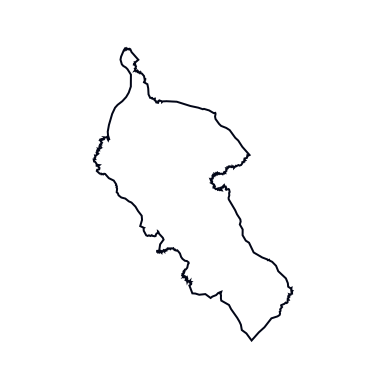 the district of Phon Sawan, Nakhon Phanom, Thailand, rotated 237°
{"feature_id": "78962969B77230188112326", "entity_name": "Phon Sawan", "entity_type": "district", "adm_level": 2, "iso_a3": "THA", "parent_name": "Thailand", "parent_adm1": "Nakhon Phanom", "projection": "orthographic", "projection_center": [104.429, 17.459], "detail": "fine", "context": "isolated", "style": "outline", "palette": "ink", "viewbox_px": 384, "rotation_deg": 237, "n_neighbors": 0, "source": "geoboundaries", "source_scale": "gbopen_adm2", "svg_char_len": 6100}
<svg xmlns="http://www.w3.org/2000/svg" viewBox="0 0 384 384"><g transform="rotate(237 192 192)"><path d="M191.7,260.4L202.5,258.8L210.0,258.8L213.9,257.8L223.4,257.3L227.1,255.6L231.6,252.4L234.3,251.8L240.4,251.5L242.7,252.4L244.7,254.3L245.7,254.6L246.3,253.2L251.1,250.8L255.2,247.3L255.5,246.2L259.3,243.2L265.0,237.5L276.0,228.4L282.0,220.1L284.0,216.7L283.8,215.8L284.5,216.1L286.4,214.6L286.2,213.9L286.6,214.0L286.6,213.2L285.7,212.5L286.3,211.7L285.8,211.6L286.6,210.8L288.2,211.2L289.2,210.6L290.5,211.7L291.2,210.1L292.1,209.4L292.7,209.7L293.7,208.2L297.5,208.7L302.7,211.7L306.7,213.3L310.2,211.5L310.5,211.9L310.2,212.5L311.7,213.3L311.6,213.9L312.3,214.4L312.9,213.9L315.4,214.9L318.6,214.5L319.5,213.7L320.1,213.9L320.1,213.3L320.7,213.5L320.6,213.1L321.4,212.8L321.7,212.4L321.3,212.3L322.0,211.8L322.7,212.5L323.6,212.4L323.7,210.8L324.7,210.9L324.9,210.1L325.3,211.1L326.4,211.2L326.3,212.3L327.3,212.6L327.9,213.5L330.4,213.1L330.6,212.7L331.1,213.1L331.2,213.9L330.7,214.2L331.9,214.7L331.6,215.0L332.1,219.0L342.2,217.5L345.2,218.0L345.4,217.4L346.1,217.5L346.3,216.4L346.7,216.5L347.4,215.9L347.2,214.7L348.1,214.9L347.8,214.0L348.8,214.6L349.0,214.3L348.0,212.0L344.1,206.2L341.9,204.1L337.3,202.7L335.2,203.0L332.5,204.3L330.2,204.8L323.7,204.7L313.7,198.1L309.8,193.1L307.5,188.5L306.1,183.0L305.6,177.1L304.6,173.4L301.0,167.6L293.5,158.9L288.5,154.2L285.2,152.4L281.4,151.3L281.6,150.5L281.2,150.0L282.2,150.1L282.7,150.6L284.5,150.6L284.4,149.9L285.5,148.4L285.0,148.6L285.2,147.6L284.7,147.1L285.0,146.4L284.3,146.5L284.7,145.0L285.7,144.8L285.9,143.9L285.3,144.0L285.3,143.3L284.4,143.9L283.9,143.0L282.3,143.3L282.0,141.9L281.2,141.7L281.7,140.7L280.2,140.3L280.8,140.0L280.9,139.4L279.2,138.1L279.1,137.6L278.6,138.4L278.6,137.5L279.4,136.8L277.6,136.6L278.3,135.4L277.7,135.2L277.9,134.7L277.0,134.4L277.1,133.5L276.4,133.3L276.2,134.1L275.2,134.3L274.9,131.2L275.4,130.6L274.0,130.1L273.7,128.9L272.2,128.7L272.9,127.3L270.9,126.5L270.1,127.2L267.7,127.3L265.9,126.3L265.5,126.8L266.0,127.8L265.0,129.0L264.9,127.9L263.7,127.2L262.6,127.5L261.7,126.7L261.6,126.0L262.3,124.6L261.5,123.6L257.7,124.6L256.8,125.9L256.2,125.7L255.8,126.7L255.1,127.1L255.2,128.2L254.4,129.0L248.9,129.8L244.2,132.6L239.7,132.6L239.1,131.9L238.0,132.1L237.2,131.8L237.0,131.2L235.6,131.0L232.8,128.7L231.3,129.1L229.2,128.6L225.9,129.7L222.8,132.5L218.6,133.9L216.1,135.5L210.5,136.6L205.4,136.4L199.5,136.9L195.8,134.9L191.6,130.0L188.1,132.2L188.1,131.7L185.7,130.4L180.6,130.0L179.3,130.9L179.1,132.3L177.8,133.1L177.7,134.7L177.0,134.7L175.1,136.7L175.0,137.7L175.7,138.2L176.5,139.7L176.2,141.3L177.5,142.0L177.2,142.1L174.8,141.7L169.5,142.6L167.5,142.2L165.5,136.8L161.0,132.8L160.8,132.2L161.6,130.7L160.9,130.2L160.3,130.9L159.8,130.7L159.6,131.9L159.1,131.8L159.3,132.8L157.7,133.3L158.3,133.7L158.1,134.2L159.0,134.3L158.3,134.8L158.6,136.2L157.4,136.4L158.3,136.9L157.2,137.7L157.5,138.2L158.0,137.9L157.9,138.4L156.9,138.9L157.7,140.0L157.3,140.6L157.9,141.0L157.0,142.3L155.9,142.6L156.2,143.8L155.3,144.5L155.1,145.7L153.0,145.7L153.0,146.4L151.4,146.8L151.1,147.9L149.1,148.2L147.0,148.4L143.4,147.5L141.1,147.6L138.2,148.6L136.9,150.1L134.8,150.8L133.9,150.3L133.7,149.4L131.1,146.8L130.4,144.7L130.8,143.7L129.9,142.8L130.2,142.0L129.9,141.6L129.3,142.2L128.4,141.1L128.6,139.4L127.8,139.1L127.4,138.3L126.8,138.4L127.2,138.6L126.5,139.1L126.7,139.6L125.8,139.7L125.5,138.8L125.3,139.7L124.8,139.5L124.7,140.1L123.4,139.8L123.5,141.4L122.5,141.1L122.8,140.5L122.0,140.5L121.8,139.6L121.1,140.1L120.5,139.6L120.7,139.1L120.0,139.4L119.3,139.1L119.8,139.8L119.5,140.5L118.9,140.3L118.2,140.7L118.5,141.8L118.2,141.5L117.1,142.4L117.1,141.7L116.4,141.5L116.5,141.0L115.5,141.4L115.1,141.0L115.0,138.9L106.8,137.1L105.0,139.5L101.9,142.1L99.1,147.6L93.0,149.9L93.2,152.1L92.4,156.1L93.0,159.0L92.4,160.0L92.8,160.3L92.4,162.2L90.7,160.2L89.8,160.2L87.2,158.4L85.0,157.4L77.1,161.5L72.5,161.0L61.9,161.4L57.5,161.2L54.0,160.7L49.1,158.6L43.8,160.6L35.0,161.1L37.9,171.6L39.1,179.1L42.8,189.8L41.1,196.0L41.1,198.4L41.9,199.5L43.8,200.4L43.9,201.2L44.8,202.0L45.6,202.1L46.5,204.9L48.1,204.8L48.5,205.2L47.9,208.6L48.2,210.3L47.3,210.9L47.4,212.0L49.7,213.7L49.1,214.4L50.7,214.6L51.0,216.4L52.2,216.0L52.7,216.9L52.3,218.2L52.9,218.2L52.3,218.7L52.6,220.2L52.3,220.6L53.3,221.2L53.6,220.8L54.4,221.2L54.5,222.4L55.8,221.8L57.4,223.2L57.5,222.2L60.2,221.1L63.3,222.7L68.4,223.7L78.6,221.2L84.3,222.3L89.8,221.2L92.4,219.6L93.1,219.8L93.6,218.4L94.5,218.4L98.9,215.2L107.7,210.8L118.4,212.2L121.9,210.6L128.2,210.9L133.0,214.1L138.7,214.4L140.7,216.7L142.7,217.6L148.8,217.6L153.3,218.3L165.8,218.8L167.2,219.5L168.8,221.4L171.0,222.6L171.5,223.6L174.0,224.5L174.7,224.1L175.2,221.9L175.9,221.8L176.9,222.9L177.5,222.7L178.1,223.2L178.8,222.4L180.3,222.7L179.9,221.1L179.2,221.3L178.9,220.7L179.5,220.3L179.1,219.3L179.8,219.2L179.9,218.7L178.7,217.9L177.3,217.8L178.0,217.1L179.0,217.0L178.6,216.2L179.5,215.7L179.7,214.8L180.3,214.8L180.8,215.8L181.5,213.5L183.4,213.1L184.0,212.4L184.5,212.8L184.0,213.2L184.7,213.5L184.4,214.2L185.1,214.3L184.6,214.7L185.6,214.2L186.3,214.5L189.1,213.1L189.0,214.0L189.8,214.6L190.6,214.0L192.5,214.4L191.9,214.8L192.4,215.4L192.0,215.6L192.4,215.9L192.1,216.8L194.5,218.0L194.8,218.7L194.2,218.8L194.6,219.1L193.9,219.5L194.7,219.8L194.4,220.6L195.0,220.8L194.4,221.2L194.6,221.8L194.0,221.6L194.2,222.1L193.6,222.0L194.3,223.8L193.8,223.8L193.3,224.6L192.8,224.1L192.8,225.0L191.9,225.1L191.6,226.4L190.1,227.4L191.0,229.5L190.2,229.6L190.5,230.0L189.9,230.4L190.9,230.9L191.0,232.4L192.5,233.1L192.4,233.9L192.8,233.9L192.5,234.2L193.0,234.8L192.8,235.2L193.3,235.3L193.0,235.7L193.5,236.6L193.3,237.1L192.7,237.0L192.4,238.2L191.5,238.4L191.2,239.1L191.6,239.6L191.0,239.6L191.0,240.5L190.0,240.9L189.4,240.5L190.0,243.0L189.5,243.1L189.3,245.6L188.3,246.2L187.9,247.9L188.5,249.5L189.6,250.5L188.9,251.5L189.5,252.1L189.1,252.6L190.0,253.4L189.8,253.8L190.8,253.6L191.5,254.3L190.7,256.5L191.6,257.9L191.9,257.7L192.4,258.2L191.9,258.3L192.2,259.2L191.8,259.3L191.7,260.4Z" fill="none" stroke="#020617" stroke-width="2"/></g></svg>